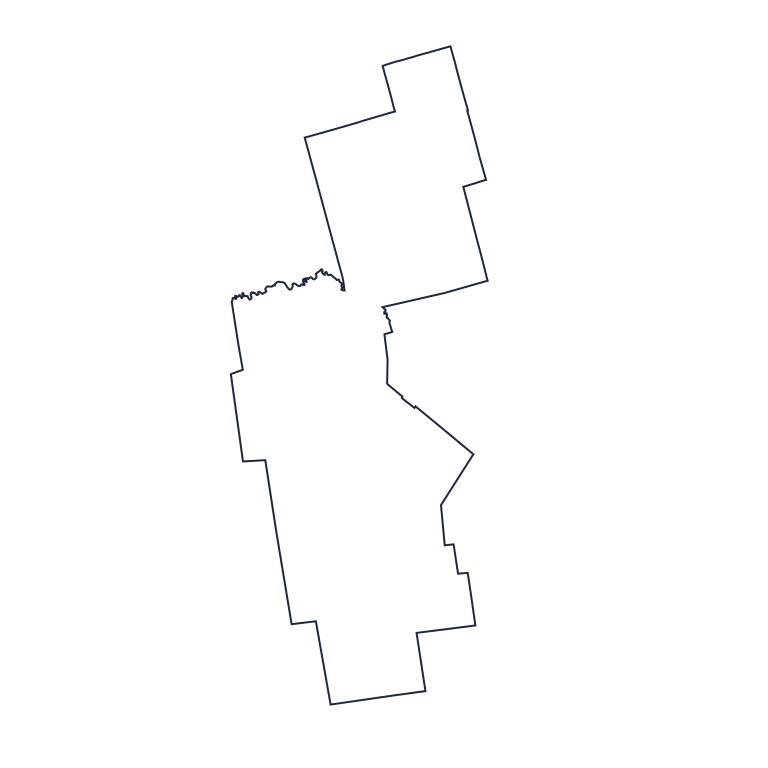 Giurgita, Dolj, Romania, rotated 74°
{"feature_id": "2599482B97852940082202", "entity_name": "Giurgita", "entity_type": "district", "adm_level": 2, "iso_a3": "ROU", "parent_name": "Romania", "parent_adm1": "Dolj", "projection": "robinson", "projection_center": [23.602, 44.033], "detail": "fine", "context": "isolated", "style": "outline", "palette": "slate", "viewbox_px": 768, "rotation_deg": 74, "n_neighbors": 0, "source": "geoboundaries", "source_scale": "gbopen_adm2", "svg_char_len": 5060}
<svg xmlns="http://www.w3.org/2000/svg" viewBox="0 0 768 768"><g transform="rotate(74 384 384)"><path d="M677.4,523.7L685.5,464.4L690.6,428.8L632.2,421.3L641.3,362.7L606.3,357.9L588.7,355.6L586.7,365.1L557.3,361.3L555.8,370.1L516.1,362.6L476.2,317.5L441.0,341.4L414.2,359.9L415.4,361.3L402.5,370.7L401.3,369.7L385.4,380.5L384.1,380.8L376.1,378.3L361.5,373.8L336.3,369.9L336.3,361.8L326.7,361.9L324.8,360.9L321.1,362.5L321.1,363.0L320.9,363.1L320.2,363.0L319.9,362.9L319.0,362.2L316.9,361.9L316.7,362.3L316.5,362.8L316.8,363.9L316.6,364.3L316.4,364.3L315.3,364.1L314.7,363.7L314.2,362.4L313.4,362.2L312.9,362.1L311.2,363.5L309.7,364.2L313.2,300.9L313.3,255.9L310.0,255.9L304.8,255.7L300.1,255.5L291.7,255.3L285.6,255.1L273.4,254.9L259.0,254.5L249.6,254.3L239.3,254.0L216.4,253.4L216.3,251.6L216.3,250.4L216.2,245.5L216.2,243.0L216.2,241.6L215.9,236.1L215.9,231.8L215.8,230.3L215.9,229.7L209.7,229.6L198.8,229.6L193.2,229.6L173.3,229.0L166.3,228.9L151.9,228.7L146.1,228.7L144.3,228.7L144.2,228.6L144.2,227.9L124.7,227.8L114.9,227.7L100.8,227.4L94.6,227.2L77.7,227.1L77.5,261.9L77.6,264.2L77.6,279.0L77.7,279.4L77.5,279.9L77.5,281.5L77.4,284.5L77.5,288.2L77.6,292.6L77.9,297.6L88.0,297.8L107.9,298.0L117.8,298.3L121.2,298.4L125.1,298.3L125.1,298.6L125.0,303.2L125.2,330.8L125.4,337.6L125.5,362.3L125.3,392.3L189.2,393.2L225.4,393.8L246.1,394.1L255.8,394.3L260.8,394.3L267.0,394.4L270.6,394.5L271.9,394.6L274.5,394.9L279.6,395.6L283.2,396.1L282.9,396.8L282.8,397.4L282.3,398.2L281.8,398.8L281.3,398.9L281.0,398.7L280.7,398.3L280.4,397.7L279.9,397.6L279.0,397.7L278.1,398.0L277.7,397.9L277.3,397.5L276.8,397.0L276.5,396.7L276.1,396.7L275.7,396.8L274.9,397.5L273.5,398.6L272.9,398.7L272.7,398.6L272.4,398.5L272.1,398.4L271.6,398.4L271.0,398.8L271.0,399.5L271.0,400.8L270.9,400.9L269.7,401.3L268.5,402.3L268.0,402.4L267.7,402.7L265.9,403.9L264.8,404.5L264.3,405.0L264.2,405.5L264.5,405.9L264.4,406.2L264.0,407.0L264.0,407.5L263.5,408.0L262.7,408.2L261.3,408.3L260.5,408.5L260.3,409.2L260.4,409.4L261.0,410.1L261.7,410.4L262.6,410.6L262.6,411.1L262.3,411.7L261.2,412.2L260.6,412.5L259.8,412.7L259.2,412.6L258.8,412.3L258.5,411.9L258.2,411.8L257.6,411.8L256.9,412.0L256.6,412.2L256.5,412.7L256.6,412.9L256.9,413.2L257.4,413.7L257.6,414.5L257.9,415.6L258.8,417.7L259.2,418.8L259.3,419.2L259.9,419.3L260.5,419.2L261.0,419.1L261.4,419.2L262.0,419.2L262.6,419.5L263.2,419.9L263.3,420.1L263.5,420.6L264.1,421.8L264.2,422.4L263.6,423.2L262.8,423.8L261.9,424.2L261.7,424.3L261.5,424.5L261.3,424.7L261.2,425.0L261.3,425.3L261.4,425.8L261.7,427.1L261.9,427.5L262.1,427.6L262.2,427.8L262.2,428.0L261.8,428.1L261.2,428.5L260.9,428.8L260.9,429.1L260.9,429.4L261.4,429.9L261.9,430.1L262.5,430.2L262.8,430.5L263.2,430.3L263.7,430.1L263.9,430.1L264.3,430.1L264.6,430.2L264.6,430.3L264.4,430.4L264.3,430.5L264.0,430.8L263.9,431.0L263.8,431.4L263.7,431.5L263.5,431.9L263.4,432.2L263.1,432.5L262.9,432.5L262.5,431.9L261.9,431.5L261.6,431.5L261.2,431.5L260.8,431.5L260.8,431.9L261.3,432.8L261.6,433.2L262.2,433.3L263.1,433.5L263.9,433.5L264.6,433.5L265.2,433.3L265.8,432.9L266.2,432.8L266.7,433.0L266.9,433.4L267.0,433.8L266.8,434.2L266.3,434.6L266.0,434.8L265.7,435.3L265.6,436.0L265.8,436.6L266.1,436.9L266.5,437.3L266.7,437.8L266.1,439.3L265.1,440.3L263.7,441.2L262.4,443.2L262.4,443.6L262.8,444.4L263.2,444.6L263.9,444.6L265.0,445.0L266.1,445.7L266.8,446.5L267.3,447.0L267.4,447.8L267.3,448.8L266.8,449.0L264.8,450.1L261.5,451.1L259.4,451.8L258.3,453.1L258.0,454.1L257.1,456.1L256.6,457.6L256.6,458.8L257.5,460.1L257.7,461.2L258.0,461.3L258.6,461.3L258.7,461.5L259.0,461.8L258.8,462.0L258.6,462.5L258.8,462.9L259.1,463.3L258.8,463.6L258.8,463.9L259.1,464.5L259.5,465.1L259.3,465.5L258.9,466.7L258.7,467.5L258.3,468.1L258.2,468.6L258.2,469.6L259.1,471.0L260.0,471.9L260.4,472.1L261.1,471.8L262.5,471.6L262.6,471.8L262.8,472.2L263.2,473.4L263.3,474.2L263.8,475.2L263.7,476.1L262.5,477.1L260.9,478.6L260.9,479.0L261.0,479.6L262.3,479.9L263.2,480.1L263.3,480.3L263.3,480.5L263.2,480.7L263.3,480.9L263.5,481.4L263.4,481.8L262.6,482.3L262.0,482.4L261.5,482.6L260.9,483.3L260.2,483.9L260.4,484.1L260.6,484.5L260.3,485.2L259.8,485.7L259.4,486.2L259.6,486.5L260.1,487.0L260.8,487.3L261.4,487.3L262.1,487.8L262.5,487.7L262.9,487.5L263.4,487.5L264.3,487.4L264.6,487.6L265.0,487.8L265.5,488.4L265.8,489.2L265.9,489.7L265.6,490.1L265.1,490.2L264.0,490.5L263.4,490.9L263.0,490.9L262.1,490.9L261.7,491.3L261.4,492.5L261.1,493.5L260.3,494.0L258.9,494.3L257.8,494.3L257.6,494.5L257.7,494.9L258.3,495.4L258.9,495.6L259.7,495.6L260.7,495.7L261.3,495.7L261.6,495.9L261.8,496.1L262.0,496.6L262.2,497.0L261.0,497.6L260.4,497.8L258.9,498.1L258.8,498.4L258.8,498.9L259.0,499.1L259.5,499.6L259.7,500.1L259.9,501.0L259.6,501.2L259.1,501.5L258.5,502.0L258.2,502.4L258.2,502.6L258.6,502.9L259.0,503.0L259.5,503.1L260.2,502.7L261.2,502.6L261.3,503.3L260.6,503.9L259.8,504.5L259.7,505.1L259.8,505.6L259.8,505.9L260.2,506.1L261.7,506.5L262.9,507.7L306.7,513.2L331.4,515.8L332.3,528.5L419.6,540.9L424.5,519.1L495.1,528.1L589.4,539.0L593.3,514.9L677.4,523.7Z" fill="none" stroke="#1e293b" stroke-width="2"/></g></svg>